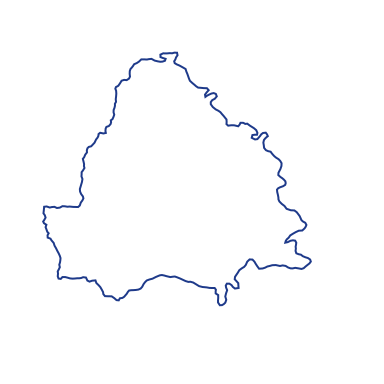 outline of Martinho Campos, Minas Gerais, Brazil, rotated 109°
{"feature_id": "56859067B12080288578715", "entity_name": "Martinho Campos", "entity_type": "district", "adm_level": 2, "iso_a3": "BRA", "parent_name": "Brazil", "parent_adm1": "Minas Gerais", "projection": "natural_earth1", "projection_center": [-45.194, -19.388], "detail": "fine", "context": "isolated", "style": "outline", "palette": "blue", "viewbox_px": 384, "rotation_deg": 109, "n_neighbors": 0, "source": "geoboundaries", "source_scale": "gbopen_adm2", "svg_char_len": 5088}
<svg xmlns="http://www.w3.org/2000/svg" viewBox="0 0 384 384"><g transform="rotate(109 192 192)"><path d="M111.9,141.6L113.1,144.1L114.9,145.3L116.7,145.8L118.5,146.5L120.7,147.4L121.8,149.5L121.3,153.2L118.5,153.4L117.4,151.3L116.7,149.2L114.8,149.4L112.6,151.4L111.5,154.2L110.9,156.7L110.4,158.9L109.4,162.0L110.3,163.8L109.9,166.0L110.8,168.7L112.8,168.9L114.8,169.7L115.2,173.8L116.1,176.6L117.5,179.4L116.6,181.5L114.4,182.1L112.2,183.0L110.9,185.1L109.7,187.0L108.6,189.0L107.3,191.1L106.6,193.5L106.2,196.4L104.9,200.0L102.9,202.8L100.9,203.5L98.6,202.8L96.4,200.8L93.5,199.7L91.5,201.4L91.4,203.7L92.6,205.7L94.2,207.4L96.0,209.1L97.7,210.3L95.7,211.4L93.1,210.6L90.3,209.4L89.0,211.7L89.9,214.5L90.6,217.5L91.3,220.2L90.7,222.5L89.9,224.4L88.8,227.3L87.5,230.2L85.6,231.9L83.8,233.3L81.9,234.8L79.9,236.6L77.8,238.1L77.3,240.6L76.9,242.8L76.5,245.1L76.3,248.0L75.8,250.3L74.2,251.4L72.1,250.9L69.9,250.9L67.4,250.2L65.2,251.5L66.0,254.1L67.3,255.9L67.9,258.1L69.1,260.8L70.3,264.4L72.4,266.6L74.7,265.7L74.8,263.2L74.7,260.3L76.7,260.3L78.3,262.3L79.2,264.4L79.6,266.9L79.9,270.1L79.3,273.6L80.4,276.0L81.4,277.7L82.1,280.1L83.1,283.1L86.0,284.6L88.1,286.2L90.0,288.3L92.1,288.8L93.9,289.4L95.7,290.2L97.9,290.2L100.6,289.4L103.1,288.2L105.3,288.5L107.5,290.2L108.1,292.7L109.7,294.8L112.9,295.5L115.6,296.3L117.6,298.1L119.3,298.1L121.0,296.7L123.6,295.6L126.3,294.9L129.1,294.3L131.5,293.2L133.7,293.6L135.6,292.9L137.7,292.7L139.9,292.8L142.2,292.1L144.2,290.7L146.7,290.7L149.0,290.9L150.7,292.1L152.4,291.2L154.3,291.1L156.7,292.1L158.3,294.1L160.1,294.3L162.5,293.7L164.2,292.7L165.5,294.8L165.9,298.1L167.6,299.2L169.6,298.8L171.3,299.0L173.6,299.8L177.1,300.2L179.6,301.3L181.6,302.2L183.0,304.3L184.7,305.1L186.8,305.0L188.8,304.2L191.4,305.1L194.3,305.3L196.2,306.0L198.5,304.5L200.8,303.1L202.7,302.6L204.3,301.5L207.1,302.1L209.2,302.8L211.3,302.1L213.2,301.6L215.4,299.8L218.5,299.3L220.9,299.2L222.8,299.1L225.7,299.0L228.0,298.0L230.0,296.2L231.7,293.7L233.4,292.6L235.7,292.9L238.2,293.7L241.3,293.7L243.3,294.8L244.8,299.6L245.6,303.0L246.5,305.0L246.9,307.5L247.6,309.9L249.8,311.9L251.1,314.5L250.8,317.2L251.9,319.7L253.0,321.4L253.0,324.7L254.1,327.0L256.1,326.5L258.2,326.0L260.5,325.5L261.9,323.6L263.9,322.1L266.6,322.6L268.4,323.1L269.7,321.8L270.4,319.0L272.9,319.0L274.8,317.4L276.7,315.9L277.7,314.1L279.9,314.5L282.1,313.6L282.2,310.6L283.4,309.2L285.2,306.2L287.5,304.5L289.5,302.2L291.4,300.3L293.5,298.0L295.4,296.2L297.3,294.8L299.3,294.3L301.4,293.9L304.0,293.8L306.1,292.5L308.1,292.7L310.8,293.1L312.8,292.1L315.4,291.5L317.3,290.0L316.9,287.8L314.6,286.8L313.7,284.1L313.5,281.6L313.4,279.2L312.8,276.7L311.9,274.5L311.0,272.6L310.3,270.6L309.4,268.8L308.0,267.2L307.4,264.4L309.8,262.1L310.1,259.7L308.4,257.6L307.0,254.5L309.2,252.8L310.5,250.0L311.8,247.7L313.8,245.4L315.6,243.5L317.4,242.6L318.8,240.4L317.9,237.4L316.8,234.0L317.7,230.8L318.8,228.2L318.3,226.0L316.0,225.6L314.8,223.3L313.1,222.0L311.3,221.3L309.6,220.6L307.3,220.1L305.6,219.4L304.7,217.6L303.8,215.3L302.9,213.2L301.7,210.9L300.0,209.1L297.8,208.2L294.9,207.8L292.7,207.1L290.4,206.0L288.6,203.8L286.8,201.1L284.2,198.6L282.4,196.6L281.2,195.2L280.3,193.4L280.0,191.1L279.9,188.8L279.5,184.8L278.3,182.5L277.5,180.7L277.5,178.5L277.7,174.8L278.3,169.1L278.2,166.2L277.4,164.4L277.2,161.4L277.9,158.2L278.7,154.7L278.4,151.1L277.9,149.1L277.4,147.0L277.0,144.3L276.2,141.6L275.4,139.3L276.6,137.6L278.2,137.3L280.2,136.6L280.9,133.7L283.7,132.7L286.1,132.1L288.0,131.4L290.0,128.8L289.2,126.8L287.7,125.5L285.8,124.5L282.8,124.5L280.0,126.5L276.7,126.8L273.4,126.8L271.2,128.7L269.5,129.6L267.3,129.2L266.5,126.8L267.2,124.2L268.4,122.6L269.3,120.0L267.6,116.7L265.3,117.7L263.1,118.6L262.0,120.6L260.6,123.2L258.2,123.7L255.9,123.1L253.4,122.4L250.5,121.8L248.0,120.1L245.8,118.3L243.5,117.4L239.9,117.1L237.0,115.6L236.2,112.8L237.6,110.2L239.0,108.6L240.8,106.3L242.7,103.6L241.3,100.3L239.7,98.2L237.9,96.5L236.6,94.4L235.1,92.3L233.8,89.0L233.3,84.7L231.9,82.4L231.4,79.4L232.1,76.5L232.1,74.0L231.5,72.0L230.1,69.7L229.5,66.2L229.1,63.4L227.7,61.6L225.7,60.5L223.3,59.0L221.3,57.7L219.1,57.0L217.4,58.3L216.7,60.9L216.8,63.6L216.6,66.4L215.8,68.6L216.1,70.8L216.0,73.4L214.0,74.9L211.6,75.4L210.0,76.2L207.9,76.5L206.0,76.9L204.4,78.6L204.8,80.8L206.1,83.1L208.2,85.1L209.5,87.3L207.6,87.4L205.8,86.9L203.7,85.7L201.1,85.0L198.5,82.9L196.1,80.8L193.8,78.4L192.5,75.2L189.7,73.7L187.8,73.2L185.9,73.1L184.2,74.9L183.8,77.4L183.0,79.3L181.4,80.8L179.7,82.4L178.6,84.0L177.0,86.4L176.1,89.2L177.1,92.6L177.1,97.1L175.1,100.0L174.0,103.3L172.5,106.3L170.9,107.8L168.9,108.6L166.8,109.8L164.3,111.4L162.1,112.4L160.5,111.8L158.9,110.3L156.9,107.8L154.9,106.2L153.1,106.3L151.5,107.2L150.4,109.1L149.6,111.1L149.0,113.3L147.9,115.9L145.7,116.5L143.5,116.2L141.5,115.9L138.3,115.9L135.6,116.7L133.9,118.7L132.8,120.8L132.2,123.5L131.4,125.7L130.5,127.4L129.5,129.1L128.3,130.8L128.6,133.3L128.4,135.7L126.8,138.2L124.3,139.4L122.1,140.6L119.4,140.9L117.7,140.3L116.1,139.5L114.5,138.5L113.1,139.8L111.9,141.6Z" fill="none" stroke="#1e3a8a" stroke-width="2"/></g></svg>